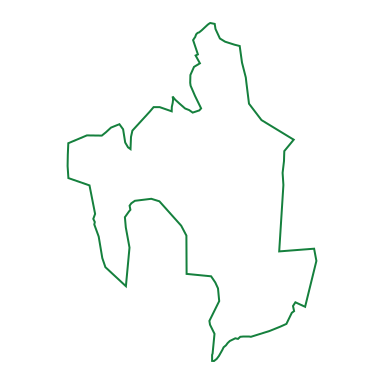 outline of Shagari, Sokoto, Nigeria
{"feature_id": "59680162B23595872951211", "entity_name": "Shagari", "entity_type": "district", "adm_level": 2, "iso_a3": "NGA", "parent_name": "Nigeria", "parent_adm1": "Sokoto", "projection": "equal_earth", "projection_center": [5.089, 12.543], "detail": "fine", "context": "isolated", "style": "outline", "palette": "green", "viewbox_px": 384, "rotation_deg": 0, "n_neighbors": 0, "source": "geoboundaries", "source_scale": "gbopen_adm2", "svg_char_len": 1667}
<svg xmlns="http://www.w3.org/2000/svg" viewBox="0 0 384 384"><path d="M286.4,323.9L291.8,312.8L294.1,311.1L293.0,306.0L295.4,302.3L305.1,306.8L316.4,260.9L314.1,248.7L279.2,251.4L283.4,185.0L282.6,172.9L284.0,161.0L284.1,157.1L284.3,151.1L293.7,139.7L261.5,120.1L249.0,103.7L246.3,82.0L245.8,77.5L242.0,62.6L239.7,46.0L234.5,44.7L225.1,41.7L219.9,38.5L218.6,35.7L215.5,29.0L214.7,23.9L210.2,23.0L208.6,24.0L207.5,24.9L204.7,27.5L201.7,30.3L199.1,32.4L197.6,32.9L196.2,34.3L195.5,36.1L195.2,37.0L194.4,38.1L193.1,40.1L197.9,54.4L195.6,55.5L199.9,63.3L194.0,66.9L190.4,75.0L190.2,82.8L190.6,85.7L195.0,95.9L201.1,108.4L199.3,110.4L192.7,112.6L189.2,110.1L185.1,108.5L179.5,103.6L175.2,99.7L172.6,96.5L173.1,99.3L172.7,102.9L171.8,107.0L171.7,111.3L159.6,107.1L153.6,107.1L149.8,111.6L132.4,130.6L131.0,136.9L130.7,144.2L130.5,149.1L128.0,147.3L125.2,142.5L123.1,129.3L119.4,124.2L111.0,127.6L105.9,132.3L101.8,135.6L86.9,135.4L68.3,143.2L67.8,154.8L67.6,166.1L68.4,178.1L89.5,185.4L95.1,213.9L93.3,218.9L94.8,222.0L94.3,224.5L98.7,236.6L102.3,258.1L105.4,267.2L125.9,286.2L129.5,247.6L125.8,227.4L124.9,217.2L129.1,211.3L130.4,209.8L129.6,205.7L131.3,203.3L134.9,200.8L151.3,198.8L159.4,201.3L181.2,225.7L186.4,235.6L186.6,273.9L211.1,276.3L215.3,282.5L218.0,288.4L219.2,301.1L209.4,320.9L210.0,324.7L214.5,333.8L212.6,353.5L212.1,354.9L212.1,357.4L212.1,360.9L214.0,361.0L216.7,358.9L217.6,357.7L218.9,356.0L222.0,350.5L222.4,349.8L223.6,347.3L226.0,345.3L226.8,344.2L227.6,343.1L229.8,341.0L235.3,338.3L238.0,338.9L239.6,337.4L240.3,336.8L243.6,336.5L248.9,336.5L250.9,336.8L269.5,331.0L280.4,326.6L286.4,323.9Z" fill="none" stroke="#15803d" stroke-width="2"/></svg>